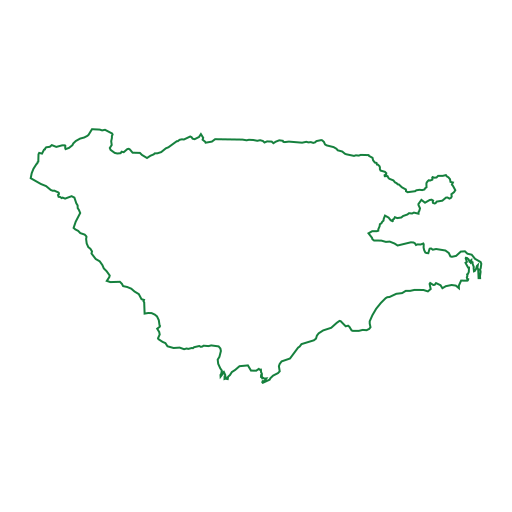 the district of Lunca Cernii De Jos, Hunedoara, Romania
{"feature_id": "2599482B2454497174187", "entity_name": "Lunca Cernii De Jos", "entity_type": "district", "adm_level": 2, "iso_a3": "ROU", "parent_name": "Romania", "parent_adm1": "Hunedoara", "projection": "orthographic", "projection_center": [22.6, 45.635], "detail": "fine", "context": "isolated", "style": "outline", "palette": "green", "viewbox_px": 512, "rotation_deg": 0, "n_neighbors": 0, "source": "geoboundaries", "source_scale": "gbopen_adm2", "svg_char_len": 6058}
<svg xmlns="http://www.w3.org/2000/svg" viewBox="0 0 512 512"><path d="M279.7,371.3L278.9,366.2L279.7,363.9L281.6,361.4L290.0,358.5L298.1,347.6L299.6,346.6L301.5,344.1L313.9,340.3L316.0,338.6L316.9,335.6L318.7,333.3L323.2,330.4L331.2,327.8L336.8,322.8L339.5,320.9L340.7,321.2L345.7,326.3L348.1,325.7L349.4,326.8L351.6,330.4L352.9,330.9L358.7,330.9L362.7,329.9L366.6,330.2L369.2,328.9L370.5,327.2L369.7,323.6L369.7,321.3L372.4,315.2L376.2,308.7L380.8,303.0L385.6,298.2L387.3,297.2L389.5,297.0L396.3,293.8L402.1,293.1L405.7,290.9L410.0,290.9L414.5,289.9L423.5,290.0L427.9,291.4L430.7,289.0L429.6,283.9L430.2,283.0L433.3,285.0L434.7,284.8L436.0,283.1L437.1,283.6L440.5,285.2L442.4,288.2L445.8,286.2L451.6,285.0L455.8,285.6L458.9,288.2L458.8,285.7L461.1,280.6L467.2,280.7L467.8,280.4L468.2,279.2L467.2,278.8L466.8,277.3L467.4,276.0L467.1,274.4L467.9,274.0L468.8,271.9L469.0,267.6L468.1,267.6L465.5,262.8L466.9,261.8L465.7,258.4L465.9,257.8L467.0,258.0L468.6,259.4L469.5,261.6L471.3,260.1L471.3,261.1L470.7,262.1L470.9,262.8L472.1,262.0L472.6,262.3L472.6,263.8L473.8,267.0L473.6,268.0L474.0,271.3L474.7,271.0L476.1,268.9L476.9,266.0L477.8,265.1L477.4,267.6L478.2,269.5L478.6,278.1L480.1,278.1L480.0,276.1L480.6,271.8L480.1,269.3L480.7,268.2L481.3,263.8L480.6,262.0L475.1,258.9L471.7,254.7L467.4,253.7L464.9,251.3L460.8,251.6L456.1,255.9L451.9,256.8L450.4,256.4L448.8,253.0L445.4,250.5L436.1,249.0L432.8,249.7L431.1,248.5L429.9,248.6L429.5,249.0L428.3,253.2L426.4,253.0L425.3,252.5L424.2,250.2L423.6,247.7L423.7,244.3L423.3,243.5L420.6,244.5L417.4,244.4L416.0,245.0L414.9,243.3L413.5,242.5L410.9,242.3L397.6,245.5L394.5,243.5L389.7,241.6L385.9,241.9L381.3,240.6L374.0,240.5L372.4,239.2L372.0,237.8L368.5,233.3L372.2,231.2L376.8,231.2L378.3,230.7L378.3,229.3L379.6,226.3L379.9,224.2L381.4,223.3L382.2,221.8L383.5,220.6L383.7,218.9L385.0,215.6L388.6,217.6L390.7,220.3L392.5,221.2L392.8,221.0L392.7,219.7L393.9,219.0L394.9,217.2L397.2,218.1L401.3,217.5L403.1,216.0L407.4,214.5L409.0,213.2L412.1,213.5L413.9,212.6L418.5,213.7L418.6,212.0L419.3,210.9L420.0,208.3L418.5,205.1L418.4,204.1L421.4,199.9L425.0,202.7L429.7,200.0L431.6,199.7L433.1,200.6L432.7,201.8L433.0,202.9L434.7,203.5L435.6,203.1L436.7,201.6L442.3,200.7L446.0,197.6L447.5,197.5L449.4,198.6L450.9,197.9L451.7,196.6L451.4,194.2L454.0,192.2L455.3,190.2L453.1,186.1L451.9,184.6L452.9,182.5L450.5,181.9L450.0,179.2L448.4,177.3L446.7,176.3L445.9,175.1L442.6,175.9L438.1,175.9L436.5,177.5L434.4,177.7L432.6,177.1L432.2,177.8L432.5,179.0L432.3,179.7L429.9,180.6L428.9,180.2L428.0,180.9L426.7,182.5L426.4,183.6L426.5,187.3L425.3,188.1L424.4,189.5L422.2,190.1L419.5,189.8L416.3,190.3L415.2,191.2L407.6,192.2L406.0,191.2L405.9,189.5L401.9,187.3L398.9,184.5L397.6,184.3L396.7,183.2L395.0,182.4L393.4,180.4L389.4,178.8L388.5,178.0L387.5,176.1L384.8,176.2L384.6,175.2L386.2,174.2L386.3,173.2L384.9,171.8L380.6,170.6L379.9,169.2L379.9,167.3L379.5,166.2L378.0,164.7L376.9,164.5L376.5,162.9L374.9,162.6L373.1,160.3L372.5,157.8L369.0,155.9L368.6,155.1L360.7,154.9L358.8,155.6L355.9,155.3L354.0,155.9L346.4,154.3L345.0,153.8L342.2,151.5L337.7,150.3L336.5,148.8L333.6,147.1L326.7,145.4L325.0,144.4L323.9,141.9L322.1,140.3L321.2,140.1L316.4,141.1L315.2,142.3L313.3,142.9L310.8,142.1L308.4,142.4L306.3,141.8L302.1,142.7L288.9,141.6L284.8,142.1L283.4,141.9L282.8,140.8L279.3,140.3L275.7,141.7L273.4,143.2L271.7,141.6L267.1,141.4L264.5,142.5L262.9,141.0L260.1,140.2L257.3,140.8L253.3,140.0L248.9,139.8L246.6,140.3L242.5,139.6L215.1,139.2L211.9,141.6L205.6,142.7L205.2,141.8L202.6,139.7L203.2,137.8L200.9,134.1L199.0,137.0L194.6,139.2L192.6,138.7L191.6,137.2L190.2,136.5L183.9,139.5L181.9,139.3L179.6,139.8L177.8,141.2L176.8,141.2L168.4,147.3L165.9,148.3L161.2,152.1L157.4,153.3L154.7,153.4L153.7,154.4L150.5,155.7L147.0,158.0L141.9,154.9L139.9,152.9L132.6,152.7L129.8,149.4L128.7,148.8L127.3,149.1L123.7,152.2L121.6,151.7L120.6,153.2L117.3,153.5L114.7,152.9L110.6,149.9L109.8,148.0L111.7,145.0L111.2,141.2L111.9,137.9L111.9,136.0L112.6,134.5L112.1,133.5L105.0,129.8L102.1,130.4L99.8,129.6L92.0,129.2L88.5,134.9L87.3,135.9L84.2,137.5L80.1,138.6L75.8,141.0L73.3,143.4L72.4,145.2L69.0,147.9L65.6,149.1L65.2,148.1L65.3,145.7L64.8,145.3L62.3,145.3L56.3,146.9L51.8,145.1L49.8,146.8L46.2,147.3L45.1,148.6L44.9,149.4L44.0,149.7L42.0,153.6L39.2,152.9L38.5,154.3L38.3,161.6L37.5,162.3L37.3,163.4L36.5,164.0L33.5,168.7L31.7,173.2L30.7,178.2L40.9,184.0L46.1,186.1L50.8,190.0L52.9,190.8L54.2,190.6L58.3,192.4L58.9,193.1L58.9,194.1L58.0,195.0L58.6,196.8L60.0,196.9L61.7,198.1L62.6,197.6L65.1,198.6L71.6,196.2L74.4,197.6L76.3,203.3L77.6,205.4L77.7,208.1L78.9,209.9L80.2,213.0L75.7,221.7L73.6,227.9L75.3,229.4L78.2,230.9L80.3,233.1L84.7,234.6L86.2,236.2L86.5,236.8L86.1,239.0L86.7,243.5L88.3,247.1L90.4,248.8L92.0,251.4L91.5,253.5L95.7,259.0L99.7,261.3L102.4,265.1L103.8,268.4L106.6,271.2L109.7,275.5L109.3,277.1L106.8,280.9L110.3,282.1L119.9,281.8L121.9,283.8L123.1,286.1L127.2,287.0L131.3,288.7L134.5,291.5L138.8,294.1L141.5,299.2L144.0,299.9L143.5,301.2L144.2,302.4L144.6,313.6L148.2,313.0L151.6,313.1L154.8,314.6L157.0,316.4L158.8,320.2L159.5,325.1L160.0,326.0L159.6,326.9L157.2,328.7L159.2,332.0L159.7,334.5L158.0,338.3L158.5,339.2L162.6,341.9L165.4,343.1L167.5,346.3L173.6,348.0L179.6,347.6L184.1,349.2L186.6,348.5L188.3,348.9L191.8,348.0L192.9,348.2L194.1,347.2L199.3,346.0L200.7,346.8L202.2,346.6L203.6,345.7L208.6,346.1L211.2,345.4L218.6,346.4L220.4,348.5L220.9,351.0L219.4,356.9L217.7,359.6L218.2,363.8L220.3,368.4L221.8,370.5L221.3,373.6L220.5,374.9L220.6,376.6L223.6,372.8L223.5,372.0L223.8,371.8L225.3,375.1L225.1,376.0L224.6,376.3L224.5,379.0L225.1,378.8L225.6,376.9L226.7,378.9L227.7,379.1L228.1,376.7L230.0,375.0L231.8,372.1L235.2,369.9L239.5,366.2L247.9,365.4L251.0,370.6L256.2,370.7L258.8,368.9L259.6,369.7L260.9,369.6L261.1,372.3L261.8,373.5L261.9,374.9L261.1,375.1L261.0,376.7L261.9,376.6L262.4,377.5L262.0,377.9L262.3,378.4L263.4,378.0L264.3,378.6L266.4,378.4L264.6,381.1L262.7,381.1L262.3,382.2L262.8,382.8L269.6,379.7L270.4,378.2L273.1,375.6L278.0,373.1L279.7,371.3Z" fill="none" stroke="#15803d" stroke-width="2"/></svg>